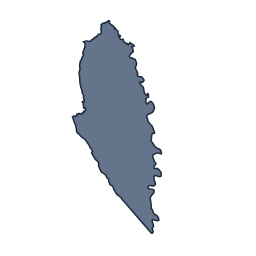 Yaguará, Huila, Colombia (Equal Earth projection), rotated 330°
{"feature_id": "7082276B512677824118", "entity_name": "Yaguará", "entity_type": "district", "adm_level": 2, "iso_a3": "COL", "parent_name": "Colombia", "parent_adm1": "Huila", "projection": "equal_earth", "projection_center": [-75.497, 2.631], "detail": "fine", "context": "isolated", "style": "filled", "palette": "slate", "viewbox_px": 256, "rotation_deg": 330, "n_neighbors": 0, "source": "geoboundaries", "source_scale": "gbopen_adm2", "svg_char_len": 5734}
<svg xmlns="http://www.w3.org/2000/svg" viewBox="0 0 256 256"><g transform="rotate(330 128 128)"><path d="M172.4,55.0L172.0,55.4L171.6,55.5L171.1,55.6L170.2,55.4L170.1,55.5L170.0,56.1L169.9,56.2L169.7,56.1L169.5,55.6L169.5,54.2L169.3,54.0L168.9,54.0L168.5,53.8L168.1,52.5L167.7,51.4L167.6,51.0L167.6,50.5L168.1,49.3L168.0,48.5L167.4,48.6L166.8,48.4L166.4,48.0L165.8,47.0L165.6,44.4L166.6,44.2L166.8,44.5L167.0,44.9L167.3,44.9L167.4,44.6L167.4,44.2L167.2,43.5L166.6,42.5L166.4,42.1L166.5,41.4L167.0,40.2L167.7,39.5L167.7,39.0L167.6,38.6L167.3,38.2L166.9,37.2L166.8,36.7L167.1,35.8L167.1,35.3L166.9,35.2L166.3,35.5L166.1,35.2L166.1,34.7L166.4,34.2L166.5,33.9L165.9,31.3L165.2,30.4L164.6,28.7L164.5,28.0L164.5,27.0L164.8,26.7L165.3,26.7L165.4,26.4L165.4,25.9L165.1,25.5L164.3,25.3L163.2,25.7L162.7,25.6L162.4,25.6L161.8,25.3L161.3,25.5L160.8,25.2L160.6,25.2L160.4,25.6L159.9,25.2L159.3,25.1L158.6,24.7L157.8,24.7L157.2,25.0L156.5,25.0L156.2,25.3L156.1,26.0L155.5,27.3L154.6,27.7L154.4,28.0L154.3,28.8L153.9,29.0L153.5,29.6L153.2,30.9L152.9,31.7L152.5,32.3L152.4,32.4L151.7,32.5L150.9,32.9L149.7,32.2L149.2,32.1L148.3,32.4L147.8,32.8L147.2,33.0L146.6,32.8L146.3,32.8L146.0,33.0L145.9,33.3L145.7,33.4L144.7,33.3L144.3,32.8L143.3,33.3L141.6,33.6L141.4,33.6L140.8,33.3L139.3,34.0L138.8,34.0L138.0,33.8L136.6,32.8L136.2,32.4L134.5,31.4L133.2,31.5L132.7,31.2L132.9,32.2L132.9,33.2L132.7,34.0L132.2,35.0L131.4,35.8L131.2,36.2L131.3,36.6L130.2,37.0L129.5,37.7L127.0,39.7L126.7,40.0L126.5,40.6L126.1,41.1L126.0,41.3L126.2,42.3L125.8,42.4L125.2,43.1L123.1,44.1L122.7,44.6L121.5,45.6L121.2,46.0L119.9,46.4L119.5,46.9L119.2,47.5L118.5,48.3L118.2,48.4L116.5,51.4L116.1,52.4L115.9,53.1L113.9,54.8L113.3,55.6L112.2,57.9L111.9,59.0L111.5,60.0L110.9,60.8L108.5,66.0L107.9,68.2L107.5,69.2L107.1,71.4L105.7,75.6L105.9,76.9L106.0,77.5L105.6,78.1L105.0,78.7L104.6,79.4L104.3,80.5L104.1,81.6L103.7,82.8L103.5,83.0L103.1,83.1L102.9,82.7L102.3,82.5L101.5,82.5L101.3,82.7L101.3,83.2L101.7,84.0L101.6,84.3L101.4,84.7L101.0,85.1L100.3,87.3L99.8,88.2L99.7,88.7L99.8,89.1L100.5,89.2L100.9,89.6L101.1,90.0L101.0,90.5L100.5,90.7L100.4,91.5L99.5,91.7L98.0,91.4L97.9,91.6L97.9,92.3L97.4,92.4L96.5,91.9L96.3,92.1L95.7,92.3L95.5,92.6L95.3,92.6L94.6,92.5L94.0,92.1L93.8,91.5L93.0,91.0L92.4,90.9L91.8,91.1L91.4,90.7L91.0,90.4L90.5,90.5L90.2,91.2L89.4,91.7L88.9,91.4L88.1,91.5L87.8,91.4L87.4,90.7L86.9,90.5L86.5,90.5L86.2,90.7L85.4,90.7L85.2,92.3L84.6,94.7L84.2,98.0L83.8,100.2L82.9,102.3L82.9,103.1L81.8,105.0L81.8,106.0L81.6,106.7L82.0,107.8L82.5,108.8L82.9,111.2L83.3,112.5L83.8,113.6L84.7,115.3L84.9,116.5L85.4,118.1L85.3,118.8L85.3,119.7L85.4,120.6L85.6,121.1L85.6,124.6L85.3,126.0L85.4,126.7L85.7,128.2L85.7,129.5L85.9,130.6L84.5,130.9L84.0,131.5L84.0,132.6L84.0,137.9L84.3,139.7L84.9,141.4L85.1,142.3L85.1,143.1L84.7,144.4L84.0,145.3L83.5,146.7L83.2,148.4L83.2,149.5L83.0,150.7L83.0,153.4L83.7,154.2L84.2,155.1L84.7,156.7L85.2,157.2L85.2,158.8L85.0,159.2L84.8,160.1L84.8,160.7L85.3,161.5L85.5,162.1L85.4,162.7L84.7,164.6L84.4,166.6L84.1,167.9L84.4,168.9L85.3,169.8L85.6,170.4L85.6,171.7L84.9,174.2L85.1,175.5L85.0,177.7L85.1,179.3L85.3,180.6L86.4,182.7L87.2,185.2L87.0,186.1L87.2,186.6L95.5,230.1L95.8,230.3L96.0,231.0L96.5,231.3L97.1,231.0L97.9,230.4L98.2,229.8L98.3,228.8L98.3,228.2L98.9,227.1L99.6,226.4L100.7,226.1L101.2,225.3L101.7,223.7L102.1,221.5L102.4,220.6L103.1,219.8L103.6,219.7L104.9,221.0L106.1,222.1L107.3,223.3L108.4,223.4L109.1,222.3L109.5,220.5L109.2,218.3L108.6,217.0L107.7,216.0L107.6,214.0L108.1,211.5L108.2,210.6L107.9,209.8L108.1,208.6L108.6,208.1L110.1,205.1L111.9,200.5L112.7,199.1L113.8,198.7L116.4,197.4L117.1,197.5L117.1,197.3L117.8,197.0L118.6,196.3L119.4,195.2L119.3,194.4L118.3,193.1L117.6,192.6L116.4,191.9L115.7,191.1L115.5,190.1L115.6,189.4L117.1,188.5L118.0,188.6L118.7,189.1L120.2,190.5L120.8,190.8L121.6,191.0L122.8,190.8L123.8,190.2L124.2,189.1L124.7,186.0L125.4,184.3L126.6,182.9L127.7,182.7L128.7,183.5L130.2,185.2L131.0,186.0L131.8,186.2L132.6,186.1L134.0,183.9L134.4,182.9L134.1,180.4L133.8,178.9L132.9,177.3L131.9,177.1L131.1,176.7L130.7,176.3L130.8,175.3L131.4,174.2L132.3,173.8L133.2,173.6L133.6,173.4L134.1,173.0L134.5,172.3L134.4,171.4L134.0,170.5L134.3,169.4L135.0,165.9L135.2,164.4L135.7,163.9L137.4,163.8L138.8,163.9L141.2,164.3L141.9,164.9L142.5,165.5L143.2,166.5L143.9,167.0L144.5,166.4L145.1,164.2L144.9,162.4L144.2,161.3L143.3,160.4L142.3,158.4L142.0,157.0L141.9,153.9L141.6,150.5L142.2,149.4L143.2,148.7L143.5,148.1L144.1,147.2L146.2,144.8L146.7,145.0L148.0,145.8L148.6,145.6L149.6,140.4L149.8,138.8L149.7,137.7L149.2,136.1L148.8,132.7L149.0,131.1L149.4,130.2L149.7,127.9L150.8,126.5L152.4,126.2L155.0,126.7L156.9,126.7L158.6,125.9L160.4,124.5L161.3,123.0L161.7,121.4L161.8,120.0L161.7,117.7L161.3,116.7L160.6,116.1L158.8,116.2L156.8,116.8L156.3,116.5L156.3,114.8L157.2,113.2L158.3,111.8L159.7,111.1L161.2,111.5L162.2,109.8L162.4,108.8L162.3,107.9L162.1,107.8L161.8,108.0L161.2,109.0L160.6,108.9L160.1,108.5L159.6,106.0L160.1,104.8L161.3,101.3L161.6,100.2L161.4,99.3L160.8,96.9L160.5,94.9L160.8,94.3L161.3,94.2L161.8,94.4L162.2,94.8L162.5,95.4L162.8,95.7L163.5,95.7L164.9,95.3L165.5,94.9L165.8,94.3L165.9,93.6L165.7,91.9L165.4,91.0L164.9,90.0L164.4,89.7L163.6,89.4L163.1,88.9L162.3,87.8L162.3,87.2L162.6,86.6L162.9,86.3L163.6,86.1L163.7,85.8L164.1,83.1L164.1,81.6L164.4,79.9L164.8,78.9L165.8,78.4L166.8,77.6L167.7,76.4L168.2,74.5L168.5,72.4L167.9,71.3L167.0,70.9L166.7,69.6L166.2,69.0L165.6,69.0L165.1,68.3L165.0,66.8L165.2,66.4L165.7,66.0L167.3,65.2L169.3,64.9L170.7,64.5L171.0,64.2L171.3,62.9L171.6,62.6L171.7,62.4L171.5,61.9L171.8,59.9L172.2,59.6L172.7,60.0L173.4,60.2L174.4,60.1L174.4,59.3L174.3,58.9L173.4,57.4L173.1,56.5L172.7,55.9L172.4,55.0Z" fill="#64748b" stroke="#1e293b" stroke-width="1.5"/></g></svg>